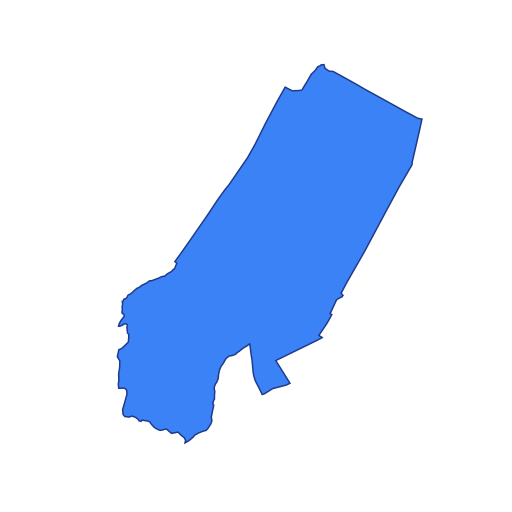 the district of Covasint, Arad, Romania, rotated 116°
{"feature_id": "2599482B42715428372947", "entity_name": "Covasint", "entity_type": "district", "adm_level": 2, "iso_a3": "ROU", "parent_name": "Romania", "parent_adm1": "Arad", "projection": "robinson", "projection_center": [21.613, 46.208], "detail": "fine", "context": "isolated", "style": "filled", "palette": "blue", "viewbox_px": 512, "rotation_deg": 116, "n_neighbors": 0, "source": "geoboundaries", "source_scale": "gbopen_adm2", "svg_char_len": 3340}
<svg xmlns="http://www.w3.org/2000/svg" viewBox="0 0 512 512"><g transform="rotate(116 256 256)"><path d="M355.6,356.2L356.2,355.8L356.4,355.6L356.8,355.3L357.3,354.9L359.8,354.2L361.1,353.7L361.9,353.1L362.4,352.8L364.1,352.2L365.8,351.6L366.4,350.2L366.2,349.8L366.8,348.6L367.5,348.1L369.8,348.4L372.6,349.0L375.5,349.3L378.1,349.1L379.4,348.8L379.1,348.0L377.5,346.3L375.8,345.2L374.8,344.7L373.9,342.7L374.5,341.2L376.7,340.8L381.6,337.7L382.0,336.2L385.0,334.7L389.4,333.0L397.7,336.0L400.4,338.2L402.4,337.7L403.9,337.3L407.3,336.5L410.0,332.4L416.2,329.6L422.4,327.7L428.0,324.7L430.0,324.1L431.3,323.7L435.0,321.5L433.9,319.1L432.4,316.4L433.1,313.6L434.9,312.5L436.8,311.4L441.6,310.5L447.5,309.4L452.4,308.6L456.6,306.1L457.8,303.6L456.4,299.4L454.3,297.5L453.8,293.8L454.4,290.5L455.4,288.7L455.1,286.9L453.4,286.5L452.5,283.2L451.7,280.6L451.7,278.7L453.2,276.0L454.6,272.4L454.9,269.7L454.9,267.2L454.7,265.7L453.5,263.9L451.3,261.7L450.8,260.4L452.0,256.1L452.3,255.0L452.3,253.7L451.4,253.0L450.6,251.6L449.1,249.8L448.5,248.8L448.9,247.7L449.9,244.8L450.0,244.5L450.6,241.6L450.8,240.9L452.5,238.5L454.8,238.0L455.1,237.9L454.0,237.1L451.8,235.6L449.1,234.3L446.4,233.1L444.0,232.6L440.2,230.0L436.9,227.0L434.6,224.4L433.0,223.9L431.3,223.5L426.8,223.0L425.1,223.2L423.4,223.4L420.3,225.6L416.0,226.7L413.3,227.4L408.5,228.6L407.8,230.1L403.8,230.8L402.7,230.6L401.3,231.4L398.1,232.8L395.9,233.6L393.7,235.3L391.9,236.1L388.3,236.3L386.9,236.0L384.0,236.1L382.3,236.4L379.6,237.5L377.1,238.2L373.8,238.9L370.5,239.0L366.0,238.3L361.8,238.1L359.9,237.5L359.4,237.1L357.6,236.3L356.2,234.1L354.3,232.2L352.6,230.9L351.7,230.9L348.8,229.2L346.6,228.2L344.0,226.9L340.9,224.8L337.8,223.2L338.3,222.7L346.7,217.2L351.0,214.1L355.5,211.4L362.2,207.3L364.4,205.7L367.7,202.7L369.9,200.1L371.3,198.1L374.7,193.6L377.8,189.7L377.6,189.5L377.2,189.1L376.5,188.3L373.2,186.2L368.0,183.0L362.8,177.0L358.7,172.2L356.8,170.7L355.5,169.7L341.3,192.4L306.0,164.9L300.3,160.7L300.2,161.1L299.9,164.7L295.6,164.1L287.0,162.9L282.9,162.5L275.4,162.2L275.4,164.1L260.2,164.4L257.6,162.9L254.9,160.7L254.2,160.7L253.3,160.5L252.1,163.2L238.7,162.7L204.2,160.4L157.4,158.7L130.8,157.6L118.4,156.7L106.1,155.8L104.8,156.0L104.7,156.1L103.5,156.7L90.0,159.8L70.2,164.4L62.1,166.4L60.2,166.8L60.5,168.1L61.3,170.9L60.7,186.2L59.2,214.8L58.4,231.5L57.7,240.5L56.3,267.6L57.8,271.2L57.4,274.1L57.1,276.2L54.2,278.8L55.6,281.2L56.4,281.6L57.2,281.9L58.7,283.4L59.0,283.5L62.7,284.0L67.5,285.6L68.2,286.0L77.3,286.6L80.7,287.0L84.2,287.3L85.9,287.3L86.7,287.6L87.3,288.1L89.3,291.4L90.4,293.7L91.3,294.7L91.6,296.4L91.6,299.3L91.4,303.8L108.3,304.8L132.2,305.6L156.3,305.8L171.4,306.7L184.8,308.7L203.9,311.5L206.6,312.2L210.6,313.1L222.2,315.1L241.0,317.6L271.0,322.2L283.6,324.2L296.3,326.4L296.6,326.4L297.2,324.0L302.5,323.7L303.0,323.6L305.0,324.7L305.6,324.6L307.1,325.3L310.5,327.6L312.3,328.6L312.5,328.6L312.8,328.7L313.3,328.7L314.2,329.2L314.6,330.0L315.7,331.5L319.0,334.2L323.8,338.8L325.0,340.8L326.7,341.7L328.4,342.6L332.3,345.7L333.5,346.4L335.2,347.1L336.0,347.7L337.0,348.7L338.7,349.5L340.3,350.2L341.9,350.8L343.4,351.4L345.0,352.1L345.9,352.8L346.8,353.5L347.5,353.9L348.2,353.9L349.9,353.8L350.8,354.0L351.6,354.6L352.8,355.8L354.2,355.8L355.5,355.9L355.6,356.2Z" fill="#3b82f6" stroke="#1e3a8a" stroke-width="1.5"/></g></svg>